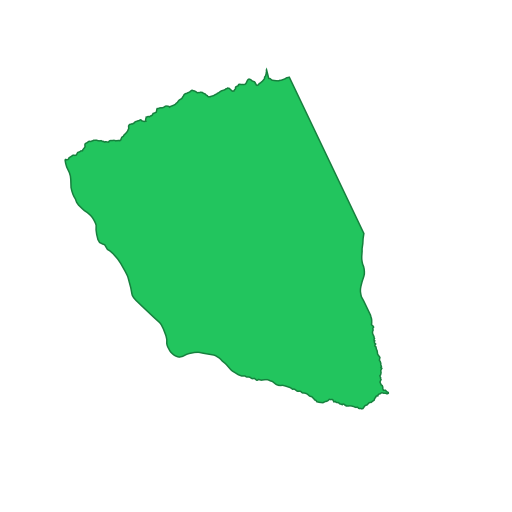 outline of Tunuyán, Mendoza, Argentina, rotated 57°
{"feature_id": "61730980B64785063825959", "entity_name": "Tunuyán", "entity_type": "district", "adm_level": 2, "iso_a3": "ARG", "parent_name": "Argentina", "parent_adm1": "Mendoza", "projection": "mercator", "projection_center": [-69.747, -33.613], "detail": "fine", "context": "isolated", "style": "filled", "palette": "green", "viewbox_px": 512, "rotation_deg": 57, "n_neighbors": 0, "source": "geoboundaries", "source_scale": "gbopen_adm2", "svg_char_len": 5972}
<svg xmlns="http://www.w3.org/2000/svg" viewBox="0 0 512 512"><g transform="rotate(57 256 256)"><path d="M442.5,219.4L441.3,220.1L439.0,220.6L438.1,222.3L436.0,221.8L435.1,221.1L433.4,220.7L432.3,221.2L429.2,220.7L427.7,218.4L426.5,218.3L425.9,217.7L425.0,217.7L423.8,217.3L423.6,216.3L422.0,214.7L419.9,213.7L418.7,211.6L417.6,212.1L417.0,211.0L415.1,210.6L414.0,209.8L412.2,209.3L410.6,209.3L408.5,207.3L404.6,207.5L402.3,206.4L401.0,205.9L400.0,205.9L397.5,204.9L396.2,205.3L395.4,204.7L395.0,203.6L393.7,204.0L392.3,203.5L391.9,202.6L391.1,202.9L390.3,202.5L389.7,201.5L388.8,201.5L387.7,200.9L385.0,200.6L383.3,199.8L382.5,199.0L382.0,198.2L380.2,197.4L379.7,196.1L378.7,196.0L377.2,196.4L376.2,196.4L375.3,195.5L372.6,193.8L371.0,193.1L369.9,192.9L368.0,192.2L352.6,190.2L347.5,189.8L345.1,188.9L342.7,187.8L340.6,186.4L338.7,184.7L335.2,180.9L332.0,176.9L330.2,175.0L328.1,173.6L325.8,172.4L323.4,171.5L320.9,171.0L318.5,170.1L316.2,169.0L314.0,167.6L309.9,164.5L307.7,163.1L303.8,159.7L299.7,156.7L295.9,153.3L124.2,130.7L123.2,133.4L123.2,135.3L122.3,139.3L121.6,140.5L121.5,141.5L120.2,143.4L117.4,146.7L116.6,147.1L114.9,147.6L114.0,148.6L105.5,145.7L105.7,146.0L107.0,146.7L108.2,147.9L109.1,148.5L109.3,149.0L110.1,149.8L110.7,151.4L111.8,152.2L112.1,152.8L113.0,155.7L113.0,156.5L113.3,158.1L113.1,159.3L113.7,160.7L113.5,162.2L112.8,162.6L111.6,162.4L111.0,162.6L110.3,162.3L109.1,162.4L107.1,163.9L105.2,164.4L103.8,165.5L103.7,166.5L104.1,167.6L105.8,170.4L106.1,171.7L105.3,173.3L104.7,174.0L104.1,175.1L103.1,176.1L102.7,177.2L102.9,177.5L103.3,177.7L103.5,178.2L103.3,179.3L103.2,181.0L103.7,181.6L104.3,181.8L104.6,182.2L105.1,183.9L105.5,184.4L105.6,184.8L105.1,185.4L104.9,186.1L100.7,187.2L100.4,187.5L100.2,188.0L99.7,188.3L99.8,189.2L99.4,190.2L99.6,190.9L99.5,192.1L98.7,195.0L98.6,196.3L98.8,198.3L98.5,199.8L98.8,200.9L98.4,202.2L98.5,203.5L98.2,205.0L97.4,207.5L97.5,207.8L96.7,209.0L96.2,209.4L95.3,209.6L95.0,209.5L94.0,210.1L92.1,210.5L91.5,211.1L90.7,211.6L89.8,211.8L88.5,213.2L88.2,214.4L87.4,215.6L87.2,216.3L86.3,216.7L85.7,216.8L84.1,217.7L83.0,218.8L82.3,219.2L82.1,219.5L82.1,221.1L82.3,221.8L82.3,222.7L81.9,224.6L81.9,225.6L81.4,226.8L81.5,228.4L82.2,229.5L82.9,231.3L83.5,232.4L83.4,235.4L83.8,236.9L84.4,238.2L84.5,239.8L84.9,241.1L84.7,243.0L83.9,246.9L84.1,247.4L83.0,247.7L81.7,249.1L81.2,249.9L81.0,250.8L81.1,251.9L80.9,252.8L80.9,253.3L80.5,254.3L80.0,254.8L79.7,255.5L79.5,255.8L79.0,257.9L78.6,258.4L78.5,258.6L79.1,259.4L79.6,259.8L81.1,261.4L80.7,263.8L80.4,264.6L81.3,266.3L81.4,267.4L81.1,268.1L81.2,269.6L80.6,270.0L80.2,270.7L80.1,271.6L79.7,272.4L80.1,272.7L81.0,273.8L82.4,275.0L82.9,275.0L82.4,276.3L81.7,277.1L80.4,278.2L79.1,278.4L78.8,278.9L78.8,280.4L78.3,281.4L78.2,282.5L77.9,283.0L77.7,284.5L77.8,285.2L78.1,285.9L77.9,286.8L78.1,287.5L77.4,288.5L77.3,289.4L76.9,290.1L76.9,290.7L77.6,292.1L79.8,293.3L80.3,294.3L80.7,294.7L81.4,295.9L82.0,297.6L82.5,299.8L82.5,300.4L83.4,302.2L83.3,303.2L83.4,304.0L84.5,305.6L85.1,306.3L85.2,307.3L85.1,307.6L84.4,307.9L84.3,308.6L83.5,309.8L83.1,310.9L82.3,311.4L81.7,312.1L81.6,312.4L81.2,312.8L81.0,313.6L80.0,315.0L79.7,315.9L79.8,317.0L80.2,317.4L80.1,317.9L78.3,319.8L78.1,320.2L78.2,320.6L78.0,321.1L76.9,321.4L76.4,322.2L74.9,323.1L74.5,324.0L74.4,324.3L74.1,324.6L73.4,325.6L72.1,326.6L70.5,329.2L70.5,330.1L70.2,330.9L70.0,332.2L69.0,333.3L68.8,334.1L68.8,334.7L69.0,335.4L68.9,336.7L68.8,337.4L68.8,338.0L69.6,339.0L71.3,339.8L71.5,340.6L71.9,341.1L72.5,343.2L73.2,344.1L73.1,344.6L72.5,345.5L72.6,346.9L72.1,349.2L73.4,351.6L73.4,352.1L72.9,353.2L72.1,354.0L71.7,355.2L71.9,356.1L71.8,359.2L72.1,359.8L72.6,360.4L72.7,361.1L72.6,361.5L72.2,362.0L72.1,362.7L71.3,363.1L71.3,363.4L71.9,364.0L74.4,365.1L76.6,365.8L78.3,366.3L84.4,367.1L87.8,368.1L91.0,369.7L97.8,373.8L101.1,375.0L104.5,375.9L107.1,376.3L109.8,376.4L113.3,377.2L116.7,377.1L121.9,375.9L124.5,375.2L127.7,373.8L132.0,372.6L134.6,372.3L136.4,372.3L139.1,372.5L141.7,372.9L143.3,373.4L147.0,375.9L151.0,377.8L156.1,379.6L159.5,379.8L162.6,378.0L164.1,376.8L169.6,377.0L172.0,375.8L176.2,374.6L183.2,373.6L188.5,373.5L198.2,374.1L202.6,374.6L204.3,375.0L214.4,378.3L220.2,380.7L221.8,381.2L224.4,381.3L227.9,380.8L235.7,379.0L252.9,374.8L258.9,373.2L260.6,372.9L262.4,372.9L266.8,373.4L273.7,374.9L276.2,375.8L277.8,376.5L280.8,378.5L282.4,379.1L284.1,379.5L288.6,379.9L290.4,379.8L292.9,379.2L294.7,378.6L296.3,377.7L297.8,376.6L299.0,375.4L300.2,372.2L300.7,367.6L301.4,365.1L303.4,360.1L305.2,357.0L306.3,355.7L308.8,353.2L316.0,345.4L317.4,344.3L321.4,342.4L323.1,341.9L325.7,341.5L329.1,340.4L330.8,340.0L337.8,339.0L339.5,338.5L345.9,335.5L348.8,333.4L350.6,330.6L351.6,330.2L352.4,329.7L353.6,327.9L354.6,327.0L356.0,326.5L356.9,325.9L357.8,324.0L360.5,323.1L361.0,322.2L360.9,321.1L363.0,319.2L364.4,316.2L365.5,314.4L366.1,313.6L367.0,312.9L368.5,312.0L370.1,310.6L374.3,309.2L375.1,308.8L376.8,307.5L378.0,305.9L378.9,304.1L381.1,302.1L385.1,298.9L387.8,297.8L388.2,296.7L389.0,296.1L391.7,295.1L392.4,294.4L392.9,293.4L393.5,292.6L394.3,292.1L395.2,292.0L396.1,291.6L397.3,290.0L398.9,288.6L400.6,287.9L402.5,287.4L403.4,286.8L404.2,285.9L407.4,285.2L408.6,285.2L409.3,284.6L410.2,284.3L411.3,284.4L413.1,282.7L415.5,279.8L415.8,277.0L416.3,276.1L416.5,274.5L416.1,272.6L417.2,271.5L417.7,270.3L418.6,269.9L420.8,270.1L421.2,268.7L422.4,268.5L423.1,267.8L423.7,266.8L425.8,266.2L426.7,265.2L427.7,264.7L427.5,263.6L428.5,262.8L429.4,262.7L430.1,262.0L430.9,262.1L432.2,260.1L432.8,258.8L433.8,257.6L436.0,255.6L436.9,255.2L437.5,254.4L437.9,253.4L438.8,253.0L439.6,252.9L440.4,252.2L440.8,251.3L441.6,250.8L442.2,249.5L440.9,246.1L441.0,245.1L441.4,244.2L440.7,241.1L441.0,240.0L441.5,239.1L441.3,237.4L441.3,235.5L440.7,234.7L440.0,234.0L439.9,232.8L439.1,232.0L439.1,230.8L439.7,230.1L438.9,229.1L438.8,227.9L439.2,226.6L439.0,225.4L439.5,224.6L440.5,223.8L441.7,222.0L442.5,221.6L443.1,220.8L443.2,219.8L442.5,219.4Z" fill="#22c55e" stroke="#15803d" stroke-width="1.5"/></g></svg>